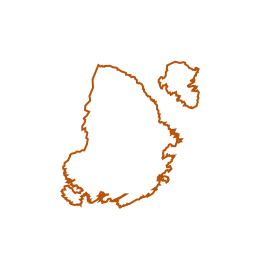 Stord nor, Hordaland, Norway (Natural Earth projection), rotated 331°
{"feature_id": "86288312B17491497636164", "entity_name": "Stord nor", "entity_type": "district", "adm_level": 2, "iso_a3": "NOR", "parent_name": "Norway", "parent_adm1": "Hordaland", "projection": "natural_earth1", "projection_center": [5.468, 59.833], "detail": "fine", "context": "isolated", "style": "outline", "palette": "amber", "viewbox_px": 256, "rotation_deg": 331, "n_neighbors": 0, "source": "geoboundaries", "source_scale": "gbopen_adm2", "svg_char_len": 5920}
<svg xmlns="http://www.w3.org/2000/svg" viewBox="0 0 256 256"><g transform="rotate(331 128 128)"><path d="M55.7,127.8L53.9,130.4L52.8,130.2L51.8,131.6L51.7,132.7L53.2,133.5L52.5,133.8L52.3,135.2L51.4,135.2L51.2,136.5L50.0,135.4L51.2,136.7L50.0,136.6L49.7,138.0L48.9,137.7L51.6,139.7L49.9,139.8L49.8,141.7L50.5,142.8L49.4,142.9L50.0,143.7L52.2,144.3L52.2,145.2L54.0,147.3L56.8,147.6L53.6,147.5L52.0,145.7L50.9,145.7L51.5,146.1L50.9,146.4L50.0,145.4L48.7,145.8L50.5,146.6L49.1,146.7L49.5,147.4L51.6,147.2L51.8,149.5L50.6,150.0L52.0,151.4L51.4,151.8L52.0,152.9L53.2,152.5L55.0,153.1L54.8,153.6L55.2,153.8L55.3,153.0L55.6,154.9L54.7,156.2L56.2,156.3L56.3,157.1L57.5,157.4L57.3,158.3L58.2,159.3L58.1,160.7L55.4,160.5L54.6,161.8L51.7,159.2L50.2,159.3L49.5,157.0L49.7,153.4L48.4,152.6L47.8,150.7L48.2,149.6L44.2,148.3L43.1,150.2L43.1,151.4L41.0,150.3L39.2,151.1L39.8,152.3L39.2,152.7L40.0,155.6L37.7,155.4L38.7,158.2L40.2,159.2L39.0,160.1L40.0,161.4L39.7,162.1L41.7,163.3L40.9,165.3L42.7,165.9L41.4,166.9L44.0,169.5L46.9,170.3L46.8,171.0L48.8,171.5L49.1,172.5L49.8,171.0L51.1,171.0L52.0,169.6L51.4,167.4L53.9,167.9L53.5,167.1L54.4,166.2L53.9,165.3L55.3,165.0L56.4,166.1L57.6,165.4L56.6,164.5L58.1,164.9L59.9,164.4L60.2,165.7L59.3,166.4L61.0,167.2L60.7,167.6L61.1,168.8L60.0,168.7L60.4,169.2L59.3,169.5L59.6,170.3L58.5,170.2L57.8,171.3L57.9,172.0L59.6,172.4L58.0,173.0L59.5,174.0L58.4,174.7L60.1,176.0L69.0,175.8L68.0,175.2L69.8,174.6L69.8,173.4L69.2,172.9L71.5,172.7L71.7,171.6L73.4,170.9L74.7,172.5L75.7,172.7L73.3,172.8L75.3,173.3L74.3,173.4L75.3,173.8L75.3,174.4L74.2,173.7L71.2,173.6L70.3,174.7L70.6,175.4L71.6,175.3L70.6,175.1L71.8,174.3L73.9,175.1L73.9,175.8L77.4,175.8L79.2,176.8L75.8,175.9L69.7,176.4L70.5,177.0L68.1,178.0L70.2,178.3L69.6,179.8L70.8,180.4L69.8,181.1L73.5,182.1L76.3,180.5L78.4,181.4L78.1,183.0L77.4,183.4L78.2,184.1L88.9,184.9L93.0,184.4L94.0,185.0L80.8,185.6L83.7,187.1L81.6,189.1L82.6,189.7L82.1,190.3L82.2,191.3L83.3,192.0L82.2,193.1L82.4,193.8L86.8,193.5L86.7,194.1L90.1,194.7L90.6,193.9L92.2,195.1L101.0,194.8L103.1,195.9L105.5,194.9L106.5,195.1L105.7,195.6L107.9,195.8L108.5,195.0L108.9,196.1L111.2,196.8L111.8,196.1L114.2,195.4L114.9,195.5L112.2,196.4L112.6,196.6L112.2,197.4L117.8,197.3L121.4,195.5L122.9,195.7L124.3,195.5L121.5,195.4L122.6,194.8L120.6,193.8L125.2,193.4L126.6,192.1L128.1,192.8L127.9,192.1L129.9,190.0L129.5,188.6L128.5,188.1L130.0,186.2L131.0,185.7L130.1,187.1L132.2,185.8L131.2,185.2L132.5,184.7L133.9,185.3L133.1,186.6L133.8,187.6L132.5,187.5L130.8,189.0L133.7,189.9L132.8,190.8L135.4,192.4L135.2,194.3L137.2,194.0L138.6,192.8L138.0,192.2L139.2,190.7L137.6,188.8L138.1,188.8L134.3,186.9L135.1,185.2L136.5,184.7L138.3,185.1L140.5,183.6L142.4,184.0L142.3,185.7L145.2,184.5L144.7,185.3L146.2,184.8L146.2,181.6L145.0,181.6L145.8,181.8L145.5,182.1L143.2,181.3L143.6,179.5L145.7,179.2L146.6,178.1L147.6,178.6L150.4,178.1L150.7,177.2L153.7,175.7L152.5,175.3L152.6,174.5L154.6,174.3L150.8,172.5L150.9,171.7L149.1,171.7L149.3,170.2L148.7,170.5L148.4,171.5L143.9,171.8L144.5,170.7L144.0,170.5L145.9,169.1L146.0,167.8L148.0,165.0L147.5,164.6L149.7,165.4L151.6,164.1L154.2,163.8L155.5,162.5L156.8,162.5L157.7,163.3L158.1,164.9L157.7,165.2L160.6,166.8L164.6,163.2L164.5,164.6L165.2,165.3L166.6,165.2L166.8,164.5L167.8,165.2L167.7,164.5L169.5,163.8L165.4,161.6L167.8,159.8L164.5,158.5L166.6,157.5L168.6,158.3L169.0,157.9L168.3,157.6L168.1,156.5L165.2,155.9L164.4,154.6L165.6,154.4L167.2,156.1L165.7,154.3L162.7,154.5L163.7,153.5L163.2,152.9L164.3,152.5L164.0,152.1L166.1,152.0L167.1,153.2L168.5,152.2L164.2,150.6L164.3,149.4L163.1,148.7L164.8,145.9L163.9,145.8L163.9,144.6L161.3,142.5L163.2,141.5L161.7,141.0L160.1,138.9L158.7,139.0L158.2,137.5L160.3,135.3L160.8,133.8L160.3,133.1L162.4,131.3L161.5,130.6L161.6,130.0L163.1,127.5L162.5,125.7L164.4,122.3L163.7,119.8L164.5,118.9L164.0,118.9L164.1,117.0L163.6,117.4L163.6,116.1L162.6,116.1L162.8,114.7L161.8,114.2L162.5,111.3L160.7,109.8L161.0,109.3L160.2,108.0L160.6,107.1L159.9,103.5L160.7,102.0L160.0,101.2L161.1,99.6L161.3,96.8L160.0,94.2L158.9,94.2L157.8,92.8L159.0,90.4L158.1,88.4L158.7,87.2L157.8,85.9L155.5,85.1L155.7,84.5L154.8,83.3L155.5,82.8L152.2,80.5L152.9,78.7L149.9,75.6L148.1,72.3L147.2,72.0L147.7,70.9L147.2,69.8L144.1,67.4L142.3,64.8L138.0,62.6L137.2,63.0L135.8,62.1L135.6,61.2L133.7,60.9L132.6,58.6L120.5,68.4L116.9,75.8L109.9,81.3L108.1,85.7L101.5,87.8L99.1,91.5L101.9,95.0L97.9,97.2L94.3,98.0L93.8,98.5L94.6,100.1L92.6,102.4L88.9,104.2L87.2,107.4L90.6,107.5L88.9,110.4L89.9,111.4L90.1,112.6L86.7,116.3L87.4,118.2L84.4,122.1L78.9,126.3L76.9,125.2L74.4,125.5L71.9,123.8L69.9,124.2L65.9,123.1L64.0,123.7L63.8,124.4L60.0,127.2L55.7,127.8ZM201.3,92.8L192.6,92.3L190.2,95.8L190.4,96.6L188.2,97.4L186.5,100.4L184.5,101.6L182.5,101.5L182.7,100.6L181.8,99.5L178.3,100.7L177.2,102.3L178.1,103.9L177.1,104.3L177.4,105.0L176.6,105.9L176.2,109.3L176.9,110.0L179.2,107.8L181.5,108.7L182.5,108.2L182.5,110.9L181.2,110.9L180.2,112.7L180.2,117.1L181.8,117.2L181.5,119.7L182.7,119.9L184.1,118.9L184.8,119.7L187.4,119.9L186.0,122.8L186.7,123.0L187.0,125.3L188.1,125.4L188.1,124.5L188.8,125.2L187.1,126.6L184.9,126.6L184.4,128.2L186.2,128.5L188.0,130.1L187.7,132.0L189.6,132.2L189.8,134.3L188.3,135.3L189.4,135.4L189.1,136.3L190.3,137.0L191.4,139.7L193.2,140.4L192.7,140.9L193.7,141.8L198.4,142.0L201.7,139.1L202.1,137.2L203.6,136.6L204.3,135.4L204.0,134.5L207.2,131.3L206.8,128.8L205.3,128.9L202.3,126.5L205.1,125.2L204.7,126.3L206.4,125.7L206.1,126.3L206.9,126.2L207.9,125.5L206.9,125.3L207.3,124.2L205.5,122.8L201.3,121.7L200.7,120.8L200.9,120.0L208.2,119.8L208.6,118.8L206.0,117.6L206.0,117.1L208.5,116.9L209.4,117.5L209.4,116.7L211.0,115.3L212.1,114.6L212.9,115.0L214.1,113.2L216.1,112.9L216.0,112.3L218.3,110.7L216.9,108.4L215.8,108.4L215.3,109.4L215.8,109.8L215.0,110.1L212.7,108.3L212.5,107.2L210.5,105.0L210.5,102.9L208.9,100.0L209.6,98.6L208.6,97.5L204.8,96.2L201.3,92.8Z" fill="none" stroke="#b45309" stroke-width="2"/></g></svg>